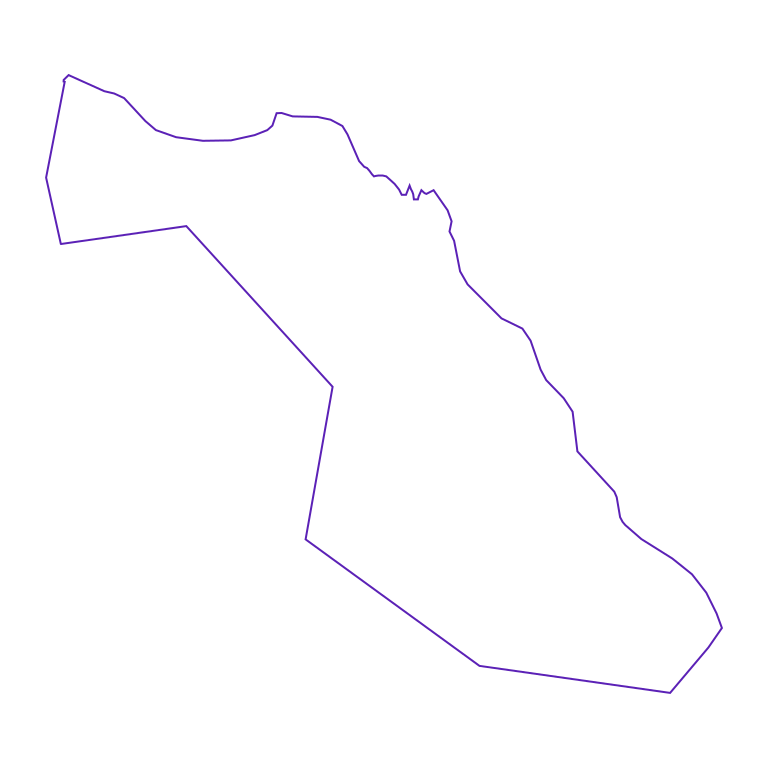 SVG path tracing the border of Muscat
{"feature_id": "OMN-2426", "entity_name": "Muscat", "entity_type": "Province", "adm_level": 1, "iso_a3": "OMN", "parent_name": "Oman", "parent_adm1": "", "projection": "robinson", "projection_center": [58.687, 23.254], "detail": "fine", "context": "isolated", "style": "outline", "palette": "violet", "viewbox_px": 768, "rotation_deg": 0, "n_neighbors": 0, "source": "natural_earth", "source_scale": "10m", "svg_char_len": 1095}
<svg xmlns="http://www.w3.org/2000/svg" viewBox="0 0 768 768"><path d="M68.6,75.1L104.3,91.2L114.2,93.5L124.1,98.1L145.4,121.1L155.9,130.1L176.1,137.2L202.9,140.8L230.9,140.4L254.7,135.1L267.3,130.1L272.4,125.6L276.6,113.2L281.6,113.0L292.7,116.4L317.4,116.9L330.6,119.7L342.4,126.0L347.5,134.4L359.1,161.1L364.2,166.8L367.1,168.1L369.6,171.0L372.0,174.3L374.0,176.4L375.3,176.0L378.5,175.5L382.6,175.5L386.3,176.4L394.6,183.9L399.1,189.6L401.7,194.8L406.0,194.8L409.6,185.6L411.0,189.3L412.2,191.5L413.2,194.2L413.9,199.4L417.9,199.4L418.6,196.5L421.4,190.2L424.5,193.1L426.4,193.9L433.6,190.2L447.6,210.3L451.6,221.3L449.5,231.5L454.1,240.8L460.1,271.4L467.6,284.4L501.5,318.4L522.4,328.6L530.6,340.7L540.6,369.6L546.2,380.1L563.7,398.2L572.6,411.7L577.4,451.4L614.3,491.7L616.7,497.2L620.1,517.2L622.6,521.9L625.3,525.1L641.4,539.1L672.3,558.5L692.0,574.3L706.3,592.7L716.6,613.5L721.9,628.0L708.4,647.5L670.1,692.9L479.5,665.9L305.6,539.4L332.6,386.8L186.3,226.1L61.0,244.0L60.8,243.8L46.1,177.6L64.7,81.8L63.6,81.5L63.7,79.9L68.6,75.1Z" fill="none" stroke="#5b21b6" stroke-width="2"/></svg>